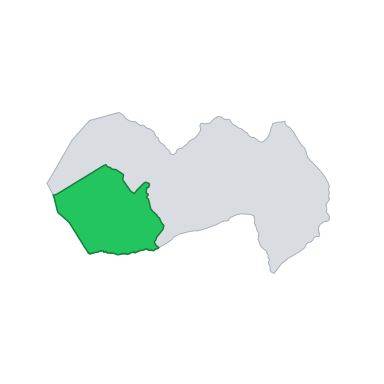 Boquerón on a map of Paraguay (Albers equal-area conic projection), rotated 312°
{"feature_id": "PRY-598", "entity_name": "Boquerón", "entity_type": "Department", "adm_level": 1, "iso_a3": "PRY", "parent_name": "Paraguay", "parent_adm1": "", "projection": "albers", "projection_center": [-61.074, -21.97], "detail": "fine", "context": "in_parent", "style": "filled", "palette": "green", "viewbox_px": 384, "rotation_deg": 312, "n_neighbors": 0, "source": "natural_earth", "source_scale": "10m", "svg_char_len": 6685}
<svg xmlns="http://www.w3.org/2000/svg" viewBox="0 0 384 384"><g transform="rotate(312 192 192)"><path d="M202.3,94.7L202.9,96.8L203.2,98.5L204.1,99.7L205.0,101.3L205.9,102.2L206.6,103.7L206.3,105.4L206.7,107.6L207.1,109.4L207.5,109.9L208.8,110.5L209.5,112.2L209.0,113.0L209.1,114.0L209.6,115.0L209.1,115.9L209.4,116.6L210.2,117.3L211.0,119.7L211.0,123.7L210.1,125.9L209.3,127.6L209.1,128.7L209.6,130.3L208.6,132.2L207.5,134.4L207.7,136.0L207.9,137.5L208.0,139.1L208.2,140.6L207.8,142.1L207.4,143.5L207.2,145.1L207.6,146.9L206.8,148.5L206.3,149.7L206.1,150.9L206.8,152.8L208.9,153.6L210.6,153.8L212.1,152.9L213.3,152.6L215.5,153.5L217.5,155.2L220.0,155.4L222.3,155.8L224.0,156.3L226.6,155.8L229.2,156.4L232.3,157.4L234.9,158.3L237.4,158.1L239.3,158.1L241.4,157.3L243.3,157.4L244.8,155.9L245.7,154.5L246.4,153.6L248.5,152.8L250.0,153.4L251.1,156.0L253.1,157.5L253.9,158.6L255.5,159.2L258.8,159.4L260.9,159.4L263.3,160.2L264.8,160.3L266.2,161.7L267.4,163.4L267.5,166.5L268.6,168.9L270.1,169.8L270.8,171.3L270.5,173.4L269.7,175.5L269.7,177.7L270.4,179.8L270.4,181.9L270.8,184.0L271.9,185.8L272.1,188.7L271.9,190.7L272.5,191.9L272.8,193.6L272.3,195.0L272.0,196.9L272.0,198.5L272.5,199.9L274.1,201.8L274.4,204.9L274.3,207.1L275.0,209.7L276.3,210.9L278.4,211.4L280.9,211.9L284.0,211.4L286.8,210.8L288.3,210.2L291.4,208.5L294.0,207.5L295.4,206.9L296.7,206.4L299.3,207.7L301.6,209.3L303.4,211.4L306.8,213.9L306.1,214.4L304.7,216.2L304.6,218.4L305.4,221.5L304.3,228.1L301.1,238.1L299.8,243.9L300.2,245.6L299.0,248.5L295.1,254.7L294.7,258.9L293.8,271.7L292.2,280.7L289.8,287.2L287.8,290.7L286.1,291.1L284.8,292.1L284.0,293.7L282.6,295.1L280.5,296.1L279.4,297.3L279.2,298.7L277.2,299.4L273.5,299.7L271.3,300.7L270.6,302.4L269.3,303.8L267.5,304.7L266.6,306.4L266.6,308.8L265.5,310.8L263.2,312.5L261.2,312.4L259.4,310.8L257.0,309.6L254.0,309.0L251.4,309.3L249.3,310.6L247.4,312.6L245.7,315.5L243.9,316.0L242.0,313.9L239.6,313.3L236.5,314.0L234.2,313.6L232.4,312.3L229.7,312.0L226.0,313.0L218.6,311.6L207.5,308.0L198.1,306.5L186.4,307.5L185.5,304.0L186.1,302.1L188.1,300.7L189.3,299.1L189.8,297.3L191.1,295.9L193.3,295.0L194.2,294.1L193.9,293.1L194.3,292.2L195.6,291.5L196.3,290.3L196.5,288.7L197.0,287.9L197.8,287.4L197.9,286.3L197.5,282.8L197.6,280.0L198.3,277.8L199.0,276.5L199.5,276.1L200.0,275.4L200.2,274.0L201.0,272.8L204.8,270.3L206.2,269.0L206.4,267.7L207.0,266.0L209.3,262.4L210.0,260.7L210.1,259.8L210.9,259.0L213.6,257.0L215.1,255.1L215.4,253.3L214.8,251.3L213.3,248.9L208.6,243.1L205.0,240.4L200.2,238.2L197.1,237.4L195.6,238.2L194.0,237.5L192.5,235.6L189.9,234.0L184.4,232.2L171.9,225.4L166.9,222.1L165.2,220.1L160.6,216.4L152.9,211.2L147.0,208.7L142.8,208.8L136.2,207.2L127.1,204.1L121.8,201.0L120.4,198.1L117.0,195.1L111.7,192.1L108.9,190.2L108.7,189.2L107.1,188.0L104.1,186.5L100.8,184.0L97.3,180.3L93.4,174.7L89.3,167.0L84.9,161.9L80.2,159.3L77.9,157.5L77.9,156.7L77.2,155.8L77.8,154.3L79.4,148.5L81.8,140.0L84.3,131.2L87.2,120.9L87.2,113.6L87.1,105.9L91.4,99.5L94.4,95.0L97.1,90.7L99.7,83.3L101.5,78.4L108.4,77.2L120.1,74.7L125.9,73.4L138.2,70.8L150.8,68.1L163.9,68.1L176.6,68.0L186.3,74.3L193.8,79.0L201.9,84.3L202.5,85.4L203.0,89.7L202.3,94.7Z" fill="#d9dde1" stroke="#a8b0b8" stroke-width="1"/><path d="M87.6,164.1L87.4,164.0L87.4,163.8L87.4,163.5L87.3,163.3L87.3,163.2L87.1,163.1L86.7,163.0L85.8,162.9L85.6,162.8L85.0,162.6L83.1,161.3L82.6,160.9L82.4,160.4L82.2,160.2L81.1,159.9L80.7,159.7L80.0,158.8L79.6,158.4L78.9,158.3L78.6,158.2L78.2,158.1L77.9,158.0L77.7,157.7L77.7,157.4L77.9,157.2L78.0,156.9L77.8,156.5L78.0,156.5L77.9,156.2L77.7,156.0L77.5,155.9L77.2,155.9L77.8,154.4L78.5,151.5L79.2,148.9L80.4,144.8L81.4,141.4L82.6,137.1L83.6,133.9L84.5,130.4L85.5,127.1L86.4,124.0L87.2,120.9L87.3,119.0L87.3,118.9L87.2,114.6L87.2,111.7L87.1,109.1L87.1,106.4L87.3,105.6L88.3,104.0L88.9,103.1L89.5,102.3L90.7,100.5L92.0,98.6L93.2,96.8L94.5,95.0L94.9,94.3L95.4,93.6L95.8,92.9L96.3,92.1L96.7,91.4L96.8,91.0L97.2,91.3L99.8,93.0L152.0,108.5L154.0,109.4L154.7,109.9L154.1,112.2L154.1,112.4L154.2,112.6L154.3,112.7L154.8,113.5L155.2,114.1L155.3,114.5L155.5,115.2L155.5,115.5L155.4,116.5L155.5,117.0L156.0,118.0L157.5,120.1L157.7,120.4L157.9,121.0L159.0,128.7L159.0,129.0L158.9,129.4L158.9,129.6L158.7,129.8L155.7,131.6L155.3,131.9L154.9,132.4L154.7,132.6L154.6,132.9L152.0,144.1L151.6,145.3L151.6,145.7L151.6,146.0L152.0,148.7L152.0,149.7L152.1,150.0L152.3,150.1L154.9,150.0L156.4,149.8L166.4,150.3L167.2,150.5L168.6,151.4L169.5,154.3L169.6,154.8L169.1,155.3L167.3,156.3L166.7,156.6L166.3,156.6L166.1,156.5L165.9,156.3L165.6,156.0L165.4,155.9L165.1,155.7L164.8,155.8L164.4,156.0L161.5,157.7L161.1,158.0L160.9,158.3L160.8,158.7L160.7,158.8L160.7,159.1L160.7,159.4L160.7,159.6L161.1,160.3L161.1,160.5L160.9,161.1L160.6,161.3L160.2,161.4L158.6,161.4L158.1,161.4L157.7,161.7L157.5,161.9L157.5,162.2L157.6,163.6L157.6,164.2L157.4,164.6L152.0,172.5L151.8,173.1L151.7,173.6L151.7,174.3L151.6,174.7L151.3,175.7L151.3,176.0L151.4,177.5L151.3,178.9L151.5,180.3L151.4,180.8L151.3,181.4L150.5,183.4L150.5,183.6L150.6,183.8L150.8,184.4L150.9,184.7L150.8,185.2L150.5,186.1L149.2,188.6L148.9,189.7L148.6,190.8L148.3,193.5L148.1,193.6L145.4,195.1L144.7,195.3L143.8,195.5L134.9,196.0L134.5,196.1L134.2,196.2L133.3,196.7L132.3,197.1L130.4,197.4L130.0,197.5L129.5,197.8L129.3,198.0L129.1,198.3L128.9,199.3L128.8,199.7L128.5,200.3L128.4,200.5L128.5,204.5L127.7,204.6L127.1,204.5L126.4,204.0L125.4,203.2L124.4,202.8L123.4,203.1L122.5,202.5L122.3,202.2L121.9,201.6L121.7,201.4L121.7,201.0L121.3,200.4L120.9,199.8L120.2,199.4L119.7,198.6L119.5,198.4L119.7,197.9L119.8,197.2L119.7,196.6L119.4,196.3L118.9,196.2L118.5,195.8L118.1,195.4L117.8,195.1L117.6,195.1L117.0,195.1L116.9,195.1L116.6,194.9L116.1,194.4L115.8,194.3L115.3,194.1L115.0,193.7L114.8,193.2L114.6,192.8L112.8,192.0L112.2,192.0L111.8,191.9L111.5,191.7L111.2,191.4L110.8,191.1L110.3,190.9L109.8,190.8L109.3,190.8L109.0,190.7L108.7,190.0L108.3,189.7L108.3,189.4L108.5,189.0L108.6,188.8L108.1,188.8L107.8,188.7L107.5,188.6L106.1,187.1L105.7,186.9L104.4,186.9L104.1,186.8L103.8,186.7L103.4,186.2L103.0,185.9L102.6,185.8L102.3,185.5L102.2,185.0L102.2,184.4L102.1,184.1L101.9,183.8L101.6,183.5L101.3,183.2L100.7,182.8L100.4,182.6L99.8,181.6L99.5,181.4L96.5,179.6L95.5,178.5L95.1,177.9L95.0,177.6L95.2,176.9L95.1,176.7L94.8,176.2L94.3,175.1L93.9,174.5L93.3,173.9L93.0,173.6L92.9,173.2L92.5,173.0L92.3,172.8L92.2,172.7L91.9,172.4L91.9,172.1L91.8,171.9L91.0,171.1L90.8,170.7L90.7,170.4L90.5,170.1L90.1,170.0L90.0,169.9L90.4,169.2L89.8,168.8L89.8,168.5L90.0,167.8L89.9,167.5L89.8,167.4L89.6,167.5L89.3,167.4L88.6,167.1L88.2,166.8L88.2,166.4L88.6,165.9L88.8,165.4L88.5,164.8L87.9,164.1L87.6,164.1Z" fill="#22c55e" stroke="#15803d" stroke-width="1.5"/></g></svg>